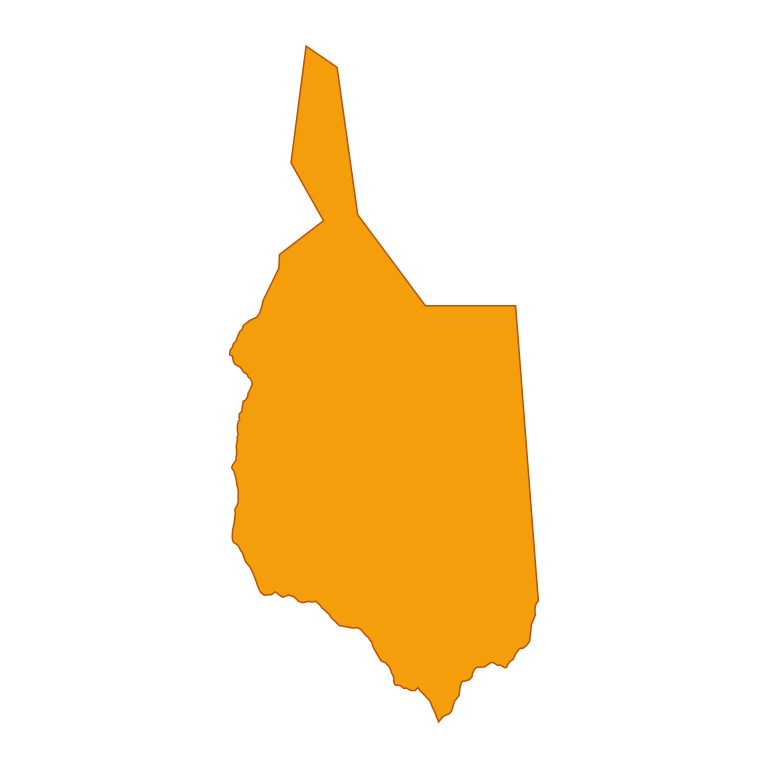 Chuave District, Chimbu, Papua New Guinea
{"feature_id": "67681753B10783046859630", "entity_name": "Chuave District", "entity_type": "district", "adm_level": 2, "iso_a3": "PNG", "parent_name": "Papua New Guinea", "parent_adm1": "Chimbu", "projection": "equal_earth", "projection_center": [145.121, -6.175], "detail": "fine", "context": "isolated", "style": "filled", "palette": "amber", "viewbox_px": 768, "rotation_deg": 0, "n_neighbors": 0, "source": "geoboundaries", "source_scale": "gbopen_adm2", "svg_char_len": 2266}
<svg xmlns="http://www.w3.org/2000/svg" viewBox="0 0 768 768"><path d="M538.4,601.0L536.9,582.7L515.6,305.8L425.4,305.8L372.8,235.0L357.7,214.7L337.1,67.4L306.1,46.1L291.0,162.9L323.5,220.7L279.5,254.5L278.8,268.3L263.1,300.5L261.6,307.2L259.3,313.8L256.4,317.4L249.4,320.5L248.4,321.6L243.5,325.2L241.8,329.9L239.8,331.6L238.3,334.5L235.8,341.3L233.4,343.7L232.5,347.1L230.2,349.9L229.6,354.8L232.4,356.1L233.4,361.6L235.1,364.2L237.3,365.5L240.3,367.3L244.1,372.6L247.2,374.1L248.1,376.8L250.7,379.1L252.1,382.5L252.0,385.1L249.0,391.7L248.1,393.2L247.6,396.7L245.6,400.1L243.1,401.3L242.8,404.5L242.4,405.6L241.9,411.2L239.4,413.7L239.0,417.4L239.7,419.8L238.4,421.3L237.5,424.9L237.3,429.6L237.7,432.1L238.3,434.6L237.0,437.5L237.4,439.6L236.6,443.8L236.2,447.2L236.6,449.6L236.5,453.3L236.6,454.5L236.0,457.0L236.2,459.9L232.7,464.9L231.6,467.7L234.2,472.0L236.0,478.7L237.1,485.7L238.3,490.5L238.1,502.3L237.0,505.7L234.8,509.6L235.3,513.4L234.6,519.3L233.9,524.3L232.5,530.8L232.2,538.4L233.4,542.2L237.2,544.7L238.7,546.5L240.5,550.3L242.2,552.4L245.3,561.1L247.8,564.5L250.1,567.2L252.3,571.7L255.1,578.3L257.9,586.5L260.4,592.1L264.2,595.2L271.6,594.6L275.3,591.8L279.5,595.3L282.7,597.2L288.7,595.1L293.8,596.7L298.6,601.3L302.5,602.7L308.9,601.4L311.2,602.0L315.8,601.4L319.4,604.4L321.8,607.7L325.2,610.6L329.3,614.6L331.3,617.8L334.4,620.7L339.3,625.6L347.5,627.0L353.0,628.1L357.6,627.7L361.0,629.7L366.4,636.0L368.8,637.7L369.6,639.9L371.7,642.0L372.9,646.5L375.1,650.7L378.0,655.6L381.1,661.0L385.2,662.5L389.6,667.2L391.3,672.2L393.7,677.3L393.7,680.1L394.5,684.3L396.2,685.5L397.7,685.0L400.7,685.9L404.0,688.5L406.3,688.1L410.8,690.5L415.2,690.6L417.9,687.5L420.0,690.6L425.0,695.7L430.0,701.1L432.1,706.6L434.7,711.9L438.6,721.9L443.3,716.3L449.2,713.7L451.5,711.1L454.6,701.1L458.0,696.9L459.2,694.8L460.0,687.4L461.1,683.3L462.7,681.1L465.0,681.1L469.5,679.6L472.0,676.9L472.4,673.7L474.4,669.5L476.6,667.4L484.4,666.9L491.0,662.6L493.4,662.6L497.3,665.2L500.4,665.2L505.1,667.8L506.6,667.2L507.8,664.6L510.1,661.4L513.2,659.3L515.9,653.5L519.0,649.3L520.6,648.3L522.9,648.3L526.4,645.6L529.5,641.4L530.0,638.3L531.4,624.6L535.6,614.2L534.8,612.1L535.2,606.8L536.3,603.2L538.4,601.0Z" fill="#f59e0b" stroke="#b45309" stroke-width="1.5"/></svg>